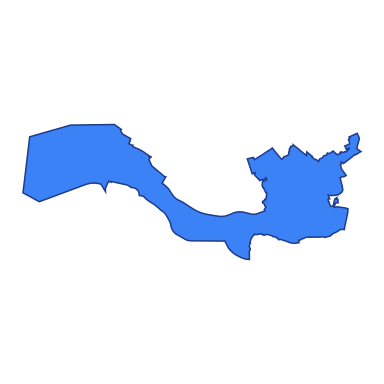 outline of Rotterdam, Zuid-Holland, Netherlands
{"feature_id": "6326949B29713994538031", "entity_name": "Rotterdam", "entity_type": "district", "adm_level": 2, "iso_a3": "NLD", "parent_name": "Netherlands", "parent_adm1": "Zuid-Holland", "projection": "orthographic", "projection_center": [4.431, 51.923], "detail": "fine", "context": "isolated", "style": "filled", "palette": "blue", "viewbox_px": 384, "rotation_deg": 0, "n_neighbors": 0, "source": "geoboundaries", "source_scale": "gbopen_adm2", "svg_char_len": 5967}
<svg xmlns="http://www.w3.org/2000/svg" viewBox="0 0 384 384"><path d="M334.3,233.0L334.2,232.9L334.8,232.6L335.6,232.4L337.1,231.7L338.0,231.2L338.6,230.6L340.5,229.5L342.2,229.4L344.3,229.6L344.3,229.4L345.1,225.0L346.6,218.3L347.6,213.0L347.9,212.1L347.8,210.4L348.1,208.9L346.3,208.2L344.5,207.8L337.2,206.8L336.7,206.8L334.2,207.4L334.9,204.2L335.2,204.0L335.1,203.7L336.1,203.0L337.1,202.8L337.4,202.7L338.1,202.8L337.9,199.2L336.6,199.2L336.8,197.8L336.6,197.9L336.6,197.7L334.7,199.2L333.5,204.4L333.4,204.4L333.3,204.8L333.3,205.4L333.4,205.5L332.6,206.1L331.5,206.3L331.2,206.3L331.1,206.2L330.6,206.3L329.5,203.9L329.6,203.6L329.1,202.6L329.1,201.9L328.9,201.5L328.6,201.6L328.1,200.2L328.0,199.8L328.1,199.5L328.3,199.2L328.6,199.1L328.6,198.7L329.7,198.8L328.2,195.1L329.0,195.2L330.0,195.5L331.2,195.5L334.9,195.4L336.4,195.1L337.8,194.6L338.1,194.9L340.5,193.3L340.4,193.1L341.6,192.3L342.2,191.6L342.5,190.9L342.6,190.6L342.6,190.3L342.9,190.0L342.3,187.3L342.1,187.0L342.4,186.7L340.0,177.5L345.0,176.3L346.2,175.4L341.7,169.3L340.4,164.5L341.1,164.3L340.7,162.6L341.9,161.8L343.1,163.5L343.7,163.2L343.7,163.3L346.1,161.6L351.8,157.1L352.0,157.1L352.3,156.8L352.6,156.3L354.9,154.6L355.3,154.9L356.1,154.5L358.4,153.1L359.7,152.2L361.0,151.6L357.2,148.9L356.8,148.4L356.9,147.8L357.1,147.5L357.1,147.0L357.9,143.7L358.3,142.8L359.4,138.5L359.3,137.9L357.1,133.3L349.2,136.9L349.7,137.8L349.1,138.0L349.6,139.1L348.4,139.8L349.0,140.8L349.3,141.8L349.4,142.8L349.3,144.2L344.8,145.9L346.5,149.6L346.9,149.7L348.5,148.2L348.8,148.5L349.1,148.3L349.3,148.6L346.8,150.8L346.9,151.0L346.7,151.2L345.7,151.9L345.5,151.6L344.9,151.7L343.2,152.4L342.5,152.2L342.4,152.4L341.2,151.9L341.3,152.0L341.1,152.2L340.8,151.8L340.3,152.2L340.4,152.3L340.2,152.4L340.5,152.8L340.2,153.0L340.3,153.2L340.0,153.3L340.0,153.7L338.7,154.1L337.9,154.7L337.8,154.4L336.7,154.3L334.5,152.4L334.3,152.1L333.5,151.4L333.3,151.1L332.3,151.5L331.0,152.5L329.3,153.5L328.7,153.5L327.5,153.0L327.3,153.0L327.1,153.3L327.0,154.5L326.8,154.9L326.2,155.2L325.1,155.3L324.4,155.7L323.7,155.9L323.3,156.2L323.3,156.8L323.0,157.2L321.0,158.5L319.7,158.9L319.1,160.0L318.5,161.5L316.1,159.5L315.7,159.3L315.2,159.7L313.7,158.5L312.0,157.1L312.4,156.5L306.8,151.9L306.6,153.7L306.5,155.6L302.2,152.0L301.7,151.8L300.4,150.8L300.3,150.5L293.1,144.7L293.1,144.8L293.4,145.0L292.5,146.0L291.9,146.4L291.5,146.1L290.6,146.6L290.2,147.2L290.6,147.5L289.2,149.5L289.3,150.3L289.7,151.2L288.6,152.1L288.8,153.3L288.8,153.8L288.6,154.5L287.9,155.1L287.1,155.6L283.7,156.9L282.1,159.3L282.0,159.2L281.7,159.5L273.9,150.1L272.3,148.0L271.6,148.6L268.5,150.7L267.4,151.3L260.7,155.8L260.1,156.0L254.6,159.7L253.7,157.7L252.7,157.9L252.7,157.5L247.3,158.9L252.2,173.8L252.4,173.7L252.6,173.8L255.0,172.4L255.4,172.6L254.5,174.8L254.9,175.0L255.3,175.9L256.8,177.3L258.1,178.8L258.3,179.0L258.8,179.0L259.0,179.2L259.0,179.7L259.9,180.6L260.8,180.1L261.0,180.2L262.2,179.5L262.6,180.0L263.4,179.8L264.6,179.1L265.1,178.7L265.3,178.3L265.8,177.7L266.3,178.8L266.9,179.6L266.3,179.9L264.6,181.1L263.3,181.2L262.8,181.5L262.5,181.9L262.4,182.3L262.4,183.0L262.1,184.8L262.1,185.6L262.3,186.1L262.8,187.0L262.9,187.4L263.2,187.2L265.7,192.5L266.5,192.4L266.5,192.8L266.6,195.0L266.0,198.3L265.9,198.3L265.7,199.5L264.8,199.4L264.8,200.0L264.4,200.0L264.2,200.5L262.5,201.5L262.7,202.9L263.0,203.3L263.7,203.0L264.7,205.1L264.7,205.5L264.8,205.8L265.9,207.3L264.2,209.5L264.9,210.9L257.4,213.6L256.0,214.0L253.8,214.3L251.9,214.2L250.1,213.8L243.7,212.2L241.5,211.9L239.5,211.8L237.1,212.0L234.8,212.5L232.7,213.2L229.7,214.6L227.7,215.3L225.5,216.0L223.3,216.3L221.0,216.4L218.8,216.3L209.5,214.8L205.9,214.1L202.7,213.3L200.5,212.6L197.4,211.3L192.7,208.7L183.7,202.8L181.6,201.6L177.3,199.5L175.5,198.2L174.4,197.2L173.4,196.1L170.8,192.4L169.3,189.9L168.4,188.7L167.4,187.6L165.2,185.6L163.5,184.2L162.1,183.4L165.6,177.0L165.7,176.9L164.8,176.8L151.8,165.9L148.9,159.3L150.3,157.6L151.2,157.1L150.9,156.6L149.9,157.2L149.2,156.9L148.9,156.7L149.3,155.9L143.4,151.8L140.2,149.9L135.1,147.6L132.8,146.7L133.0,145.2L132.3,145.2L131.5,144.9L128.8,143.7L130.2,140.9L129.7,140.7L130.7,138.6L123.0,134.4L121.3,132.1L120.6,130.6L121.4,129.5L114.3,124.5L70.5,125.1L29.7,136.8L23.0,192.8L39.3,201.7L85.9,184.4L89.3,183.5L91.5,183.1L94.8,183.1L97.3,183.4L100.9,184.1L105.5,191.6L105.4,188.7L107.4,183.5L107.6,183.5L108.5,181.2L111.0,182.3L111.2,181.5L126.7,184.9L127.9,185.4L129.0,185.9L131.0,187.4L134.2,187.9L135.1,188.3L136.5,189.2L137.4,190.0L138.3,191.3L138.7,192.1L139.0,193.1L139.1,194.1L139.3,195.5L142.8,196.1L143.6,196.4L145.3,198.3L148.1,200.6L150.0,201.9L154.1,204.4L159.0,208.4L160.2,209.6L161.8,210.9L163.2,211.8L164.0,212.6L165.1,213.7L166.2,215.2L169.7,221.5L170.5,223.6L171.2,227.0L171.5,228.1L172.4,230.0L173.0,231.0L174.2,232.5L175.4,233.6L176.4,234.3L185.7,239.6L187.4,240.3L189.3,240.7L190.9,240.8L224.9,241.1L227.8,246.8L228.5,248.1L229.4,249.2L231.4,251.3L233.6,253.4L234.8,254.2L237.2,255.6L241.2,257.6L244.8,258.9L247.3,259.3L249.5,259.5L249.4,255.9L249.3,251.0L249.8,250.4L250.2,250.1L250.2,249.8L250.2,248.4L249.5,247.4L249.4,247.0L249.4,246.5L249.9,243.2L250.4,243.2L250.1,242.4L250.7,239.8L252.0,237.4L252.9,235.9L254.2,234.9L255.3,234.5L255.2,234.4L257.5,234.6L258.9,234.1L260.7,234.0L260.8,233.7L261.1,233.8L261.0,234.1L262.1,234.2L262.8,234.5L262.8,234.9L263.6,234.8L263.6,235.0L264.1,235.2L264.3,235.0L265.3,234.8L265.5,234.9L266.0,234.4L267.1,234.4L271.8,235.7L272.1,235.9L273.3,236.9L274.1,236.5L275.6,237.1L277.0,237.9L276.8,238.0L277.8,238.7L278.8,239.8L279.5,239.5L280.9,239.5L285.3,240.9L289.7,242.6L291.2,243.0L294.6,243.3L299.0,242.7L298.9,240.5L298.8,240.3L299.2,240.3L300.6,239.8L302.5,238.7L303.3,238.6L306.0,237.2L320.2,237.1L321.5,236.9L322.4,236.6L322.8,236.9L323.5,237.1L324.4,237.3L325.4,237.4L327.1,236.9L327.7,236.6L329.2,236.3L330.8,235.7L331.4,235.1L331.7,234.4L332.0,234.4L333.7,233.2L334.3,233.0Z" fill="#3b82f6" stroke="#1e3a8a" stroke-width="1.5"/></svg>